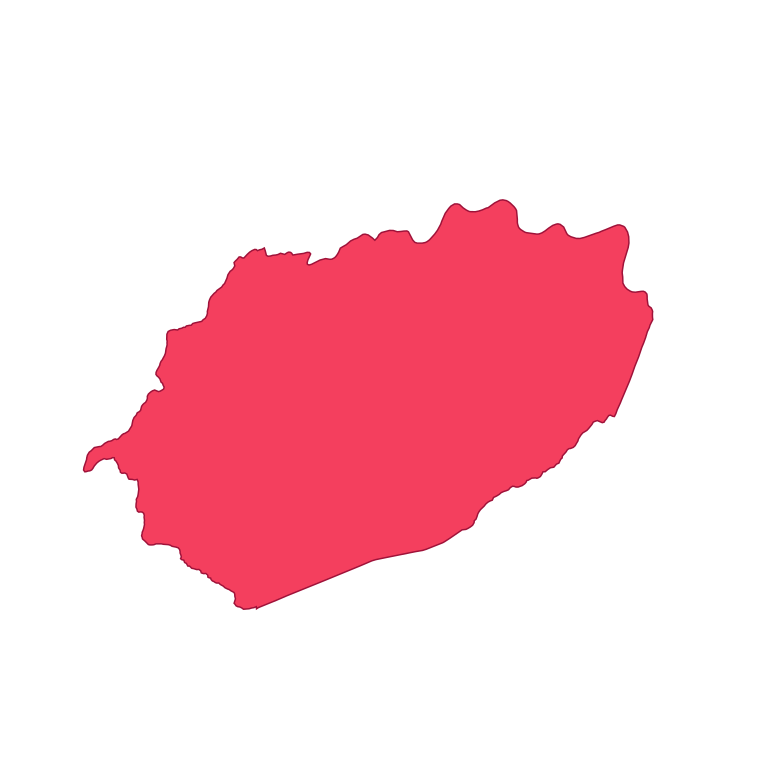 the district of Santa Rita de Cássia, Bahia, Brazil, rotated 36°
{"feature_id": "56859067B19428837054572", "entity_name": "Santa Rita de Cássia", "entity_type": "district", "adm_level": 2, "iso_a3": "BRA", "parent_name": "Brazil", "parent_adm1": "Bahia", "projection": "equal_earth", "projection_center": [-44.604, -10.985], "detail": "fine", "context": "isolated", "style": "filled", "palette": "rose", "viewbox_px": 768, "rotation_deg": 36, "n_neighbors": 0, "source": "geoboundaries", "source_scale": "gbopen_adm2", "svg_char_len": 6158}
<svg xmlns="http://www.w3.org/2000/svg" viewBox="0 0 768 768"><g transform="rotate(36 384 384)"><path d="M207.2,344.3L206.1,346.7L204.5,348.5L203.3,350.5L201.7,350.3L200.3,351.1L198.8,353.7L197.8,356.3L197.2,359.4L196.6,364.4L195.2,365.3L193.4,365.4L192.1,366.4L191.9,369.7L191.5,371.7L191.3,373.9L193.9,376.2L194.2,379.3L193.9,381.4L193.3,383.3L193.5,387.3L194.8,390.9L196.0,396.5L195.6,398.2L195.7,401.0L193.9,406.5L193.9,408.5L193.3,410.5L192.8,415.5L193.3,418.2L194.2,420.9L196.6,424.7L198.4,429.1L199.6,430.6L200.5,433.0L200.8,436.0L199.9,438.3L199.7,440.5L195.0,445.8L193.7,447.5L193.5,449.8L192.1,450.9L190.0,453.2L189.8,455.0L188.5,455.9L187.5,457.9L185.8,459.7L185.3,461.6L182.2,463.3L179.7,466.0L178.5,468.4L179.1,471.3L181.9,475.5L183.3,476.7L184.3,478.3L185.5,479.8L186.3,481.7L186.9,483.4L189.1,487.6L189.8,490.3L190.1,492.8L190.4,494.7L190.3,496.7L190.8,498.9L191.6,500.8L191.9,502.6L192.3,506.5L192.8,508.6L193.9,510.3L195.7,510.9L197.5,511.0L199.7,511.6L202.7,513.6L204.4,513.6L206.0,514.8L207.9,515.7L208.7,517.6L208.0,519.4L207.1,521.4L206.0,522.7L202.0,523.7L200.7,525.6L199.9,527.7L199.3,530.6L199.7,533.0L201.0,534.7L201.6,536.4L201.9,539.0L201.3,540.7L201.0,542.4L201.0,544.5L202.6,548.5L202.2,550.4L201.3,552.3L201.9,555.0L201.5,558.0L202.2,561.1L204.5,566.0L205.0,572.3L203.5,576.1L202.5,577.4L201.9,579.2L201.3,584.7L200.2,586.1L198.9,586.4L197.8,587.8L197.2,589.6L196.1,591.2L194.7,592.5L192.9,596.3L192.4,598.8L191.7,600.9L190.4,602.0L187.0,605.7L186.3,610.2L185.6,612.4L185.9,615.9L186.9,618.4L187.8,620.0L190.2,627.7L191.5,630.2L193.6,630.9L194.8,629.7L195.7,628.4L197.1,627.1L198.0,625.4L198.1,623.4L197.8,620.7L198.1,616.7L198.8,614.0L199.6,612.2L201.4,608.9L203.8,608.0L206.9,604.8L207.7,603.1L209.1,602.2L210.6,603.7L212.5,603.9L214.9,604.9L216.9,606.0L218.6,607.9L221.2,608.9L222.6,610.3L224.2,610.3L225.4,609.5L226.5,608.4L228.8,608.0L232.2,610.3L233.7,610.9L236.5,609.1L238.7,608.3L240.4,606.3L242.6,607.7L244.2,609.8L247.5,613.3L249.7,617.3L250.9,619.8L251.4,622.9L252.8,624.5L253.9,626.7L255.7,629.4L257.7,630.5L259.2,631.8L260.9,631.8L262.4,630.4L263.9,629.7L265.6,629.9L267.3,631.2L268.2,632.8L270.4,635.1L271.5,637.0L272.8,638.4L274.4,642.0L275.1,644.1L275.5,646.0L276.3,647.3L277.1,649.3L278.4,650.1L279.7,651.3L283.1,651.6L287.7,652.4L289.0,651.9L290.6,650.8L292.3,649.3L293.5,647.3L297.8,644.2L299.8,643.3L304.0,640.7L306.0,640.0L307.9,639.9L311.6,638.2L313.9,637.5L316.0,638.1L317.4,639.3L318.4,640.6L320.5,642.0L321.7,643.1L322.1,644.9L323.7,645.0L325.6,644.2L327.6,645.6L329.6,645.3L332.3,646.6L333.8,645.6L336.8,646.1L338.4,645.3L341.6,644.2L343.3,642.8L345.5,642.9L347.2,644.2L349.4,643.5L351.3,642.0L353.7,642.2L355.1,643.8L356.6,643.5L357.8,642.9L359.0,643.8L360.9,644.2L362.6,643.8L364.3,643.8L365.8,643.3L367.3,642.1L369.3,642.4L372.8,642.0L375.1,642.3L378.0,641.8L379.6,641.3L381.6,641.3L385.2,640.8L386.7,641.7L388.1,643.4L390.1,645.1L391.6,649.5L393.1,649.8L394.7,650.4L396.6,650.1L398.3,649.2L400.3,648.8L402.7,648.8L407.0,645.1L408.6,643.0L410.2,641.4L411.6,639.2L413.0,640.8L413.8,638.7L424.0,622.3L430.0,612.2L450.2,579.8L471.9,544.6L478.1,534.2L480.6,530.9L486.9,524.0L508.0,501.1L513.0,496.0L515.3,492.9L524.8,477.9L525.6,476.2L527.9,470.2L532.9,456.1L535.7,453.5L536.7,451.7L537.9,448.9L538.7,446.2L538.4,443.3L537.4,441.5L537.9,439.3L537.1,436.4L536.2,433.9L535.9,431.5L535.9,428.9L536.8,424.0L536.9,421.2L537.5,418.6L538.5,416.4L539.9,414.3L539.3,411.4L540.9,408.5L542.1,405.6L542.7,402.9L544.1,400.5L545.7,398.4L546.9,396.4L547.1,393.6L548.0,391.3L549.3,390.4L551.3,389.8L553.1,388.5L555.5,385.0L556.5,382.0L556.7,380.0L556.2,378.2L557.2,377.1L558.9,373.3L561.8,370.9L563.1,370.4L564.0,369.1L564.9,366.9L564.7,364.1L564.2,361.6L566.0,360.2L566.7,357.1L567.9,353.9L570.3,351.5L570.6,347.5L572.0,345.2L571.5,342.9L571.2,340.9L571.6,339.2L570.6,337.3L571.2,332.1L571.0,329.5L571.6,327.6L572.8,326.5L574.4,324.0L574.9,321.5L574.6,319.0L574.4,316.3L573.6,314.0L573.3,310.0L573.5,306.8L575.4,302.3L575.7,299.9L576.0,294.5L575.7,291.8L576.7,290.1L578.1,288.2L583.3,287.0L584.5,285.5L584.3,283.6L584.5,281.6L584.3,279.2L584.4,277.3L585.5,276.1L588.0,275.7L589.5,274.9L589.0,271.7L587.8,267.7L586.3,260.3L585.5,257.2L581.0,237.8L578.9,230.1L576.5,222.2L574.0,212.3L571.0,202.7L570.0,198.4L568.4,192.8L566.3,186.9L565.5,182.5L564.6,180.1L563.6,173.9L561.9,172.1L559.8,169.3L558.7,167.4L557.5,166.5L555.4,165.4L552.5,165.4L551.0,164.8L546.9,160.5L545.2,158.2L543.8,156.7L541.3,156.1L539.4,156.5L537.7,157.8L533.4,162.0L530.7,163.6L528.8,164.1L525.1,164.4L521.5,163.7L518.0,162.0L514.2,157.1L511.3,154.0L509.9,151.6L506.6,145.2L501.3,130.0L499.3,126.0L495.4,121.0L491.7,117.9L486.8,115.7L485.3,115.6L481.3,116.7L479.5,118.0L477.1,121.4L472.6,128.8L469.9,133.0L468.9,134.9L467.1,137.2L459.9,147.7L457.1,151.0L454.0,153.2L448.7,155.0L445.6,155.4L443.5,154.9L437.1,151.4L432.7,151.3L430.6,152.2L429.4,153.4L427.3,156.5L425.6,161.1L424.4,165.3L423.0,168.8L421.3,171.4L419.7,172.8L410.4,177.8L408.6,178.4L404.0,178.7L402.1,178.5L400.5,177.9L398.1,176.1L396.9,174.9L395.0,172.3L389.3,165.8L387.3,164.8L384.8,164.1L379.7,163.4L377.2,163.4L375.2,163.7L371.9,165.2L369.8,167.2L367.1,172.4L364.6,180.2L363.4,181.5L361.3,185.2L359.1,188.3L356.6,191.0L352.6,193.8L351.3,194.4L348.4,194.9L344.5,195.0L339.7,194.4L337.5,195.2L335.2,196.9L333.5,200.8L333.2,203.9L333.2,209.9L335.1,218.5L336.0,221.4L336.9,228.1L336.9,232.9L336.1,240.6L335.2,243.5L334.3,245.2L332.2,247.5L328.1,250.5L325.6,251.3L322.5,250.6L314.3,246.5L312.6,246.7L310.2,248.6L308.2,250.5L305.3,253.0L301.2,254.4L298.2,256.5L292.9,263.0L292.2,266.1L292.6,269.2L292.1,273.1L288.9,272.7L283.6,272.7L280.6,273.9L279.0,275.4L276.6,281.8L274.6,284.6L272.9,287.9L271.6,293.5L269.9,297.2L268.8,299.8L269.8,303.8L270.1,306.5L270.1,309.2L269.8,310.9L268.5,313.6L267.0,314.9L263.0,316.9L259.4,321.3L255.0,329.8L253.4,331.8L251.7,332.2L250.5,331.0L249.5,328.3L248.2,321.9L246.4,321.4L244.5,322.6L242.2,325.6L237.8,329.8L234.5,333.2L232.4,332.5L231.1,332.4L229.5,333.2L228.6,334.5L227.5,337.5L223.4,339.1L222.1,341.6L220.6,343.3L218.4,345.2L216.9,347.2L215.0,348.9L213.2,349.0L209.7,346.1L207.2,344.3Z" fill="#f43f5e" stroke="#9f1239" stroke-width="1.5"/></g></svg>